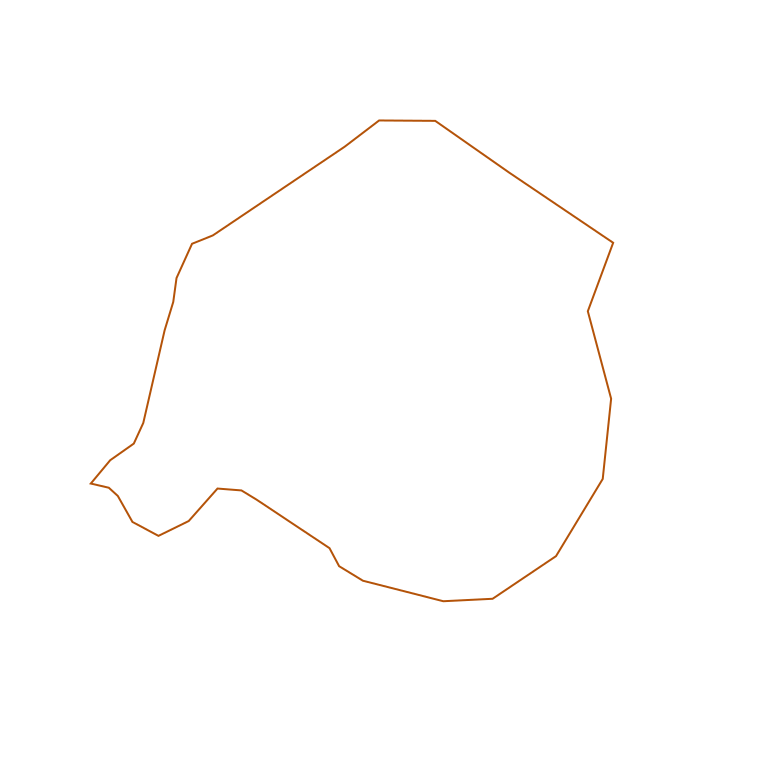 outline of Beni, Nord-Kivu, Democratic Republic of the Congo, rotated 212°
{"feature_id": "63176286B12710938610069", "entity_name": "Beni", "entity_type": "district", "adm_level": 2, "iso_a3": "COD", "parent_name": "Democratic Republic of the Congo", "parent_adm1": "Nord-Kivu", "projection": "mercator", "projection_center": [29.473, 0.481], "detail": "fine", "context": "isolated", "style": "outline", "palette": "amber", "viewbox_px": 768, "rotation_deg": 212, "n_neighbors": 0, "source": "geoboundaries", "source_scale": "gbopen_adm2", "svg_char_len": 550}
<svg xmlns="http://www.w3.org/2000/svg" viewBox="0 0 768 768"><g transform="rotate(212 384 384)"><path d="M218.6,231.2L178.1,259.4L146.9,329.2L148.2,419.4L183.6,491.9L249.7,553.7L264.5,625.2L389.7,629.6L480.0,634.3L527.8,604.9L543.1,564.4L607.9,419.3L621.1,401.2L616.1,363.9L606.2,341.9L598.5,313.3L567.5,223.4L564.6,200.9L575.8,174.3L579.9,144.2L562.4,150.2L550.4,148.0L524.2,133.7L494.8,135.7L477.0,164.3L469.8,207.1L448.5,218.2L431.0,218.4L343.2,215.9L325.5,205.7L297.6,206.0L218.6,231.2Z" fill="none" stroke="#b45309" stroke-width="2"/></g></svg>